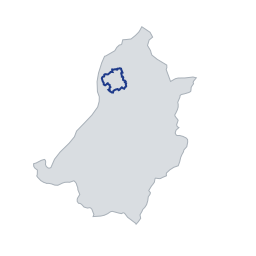 where Razgrad sits in Bulgaria, rotated 301°
{"feature_id": "BGR-2256", "entity_name": "Razgrad", "entity_type": "Province", "adm_level": 1, "iso_a3": "BGR", "parent_name": "Bulgaria", "parent_adm1": "", "projection": "albers", "projection_center": [26.578, 43.648], "detail": "fine", "context": "in_parent", "style": "outline", "palette": "blue", "viewbox_px": 256, "rotation_deg": 301, "n_neighbors": 0, "source": "natural_earth", "source_scale": "10m", "svg_char_len": 3253}
<svg xmlns="http://www.w3.org/2000/svg" viewBox="0 0 256 256"><g transform="rotate(301 128 128)"><path d="M206.2,160.7L202.1,160.1L200.6,160.3L199.7,161.4L197.8,161.2L195.4,161.2L193.0,162.4L191.6,162.9L189.8,161.9L186.3,158.7L184.2,156.5L182.7,155.9L181.2,156.6L175.6,157.4L174.3,158.7L171.8,160.2L169.2,160.9L165.5,161.3L163.6,161.3L162.5,162.0L161.6,164.1L160.9,166.1L160.4,167.0L155.8,168.0L154.8,169.1L154.5,170.3L154.6,171.4L150.9,170.3L148.0,171.0L147.4,171.9L146.7,173.2L147.1,174.5L148.1,175.9L149.1,179.4L149.4,183.0L148.8,185.0L146.7,186.4L142.3,188.0L138.0,187.2L136.1,187.8L133.0,187.9L130.0,188.3L125.6,189.7L121.5,190.5L117.9,187.5L113.7,185.4L109.2,184.1L107.6,184.9L106.9,185.6L103.2,182.9L101.5,181.9L100.7,180.9L99.2,177.4L98.3,177.3L95.2,178.5L92.2,178.3L90.4,178.0L85.0,178.0L84.2,180.4L83.6,180.7L82.4,181.0L79.5,180.8L75.8,182.4L71.9,183.4L68.8,183.3L65.7,182.6L63.8,182.9L59.7,183.0L57.1,185.4L53.0,185.1L49.7,184.5L50.2,183.8L51.3,173.6L53.1,169.1L53.1,168.2L52.8,167.4L51.3,166.6L50.4,164.1L48.5,157.5L47.3,156.2L43.9,154.6L41.0,152.6L38.5,150.0L34.1,143.7L36.5,143.2L37.3,142.0L39.8,138.8L40.2,137.2L40.0,136.2L38.5,134.5L37.6,131.0L38.6,127.7L38.7,126.0L38.0,124.3L38.9,122.3L40.7,121.2L41.7,120.9L46.2,120.9L49.2,116.9L51.0,115.6L52.8,113.3L53.7,112.5L54.5,110.7L54.9,108.8L51.5,106.0L50.4,104.0L48.9,101.8L46.9,100.1L42.8,97.4L41.3,94.6L40.7,91.2L39.7,88.5L38.6,86.8L38.4,85.4L38.0,83.7L38.0,80.4L39.2,76.0L39.9,74.5L41.4,74.2L45.3,72.0L45.6,69.0L46.4,67.2L47.6,66.2L48.8,65.5L50.7,67.3L55.6,70.3L58.0,72.5L57.8,73.7L56.6,74.9L54.3,76.0L53.0,77.6L52.6,79.6L52.8,81.0L54.3,82.3L63.4,81.1L72.5,82.2L84.7,85.4L92.9,86.6L98.9,85.5L110.0,88.1L120.4,90.4L130.4,91.2L136.0,89.6L140.0,87.3L143.4,83.1L151.8,77.6L159.8,74.5L170.4,71.9L177.4,71.0L178.4,71.9L187.4,76.9L191.4,76.9L194.6,77.8L195.8,79.1L196.7,79.4L200.9,78.1L202.9,80.9L205.9,84.8L211.1,86.7L215.6,87.8L217.1,87.9L221.9,87.7L221.4,97.6L218.6,102.3L214.3,100.8L208.8,102.2L205.9,107.5L204.3,109.1L202.8,110.9L201.9,117.7L201.9,128.8L199.8,130.2L197.8,130.6L189.8,140.5L194.6,143.2L196.7,145.3L200.2,151.0L205.2,157.5L206.2,160.7Z" fill="#d9dde1" stroke="#a8b0b8" stroke-width="1"/><path d="M175.0,90.2L175.3,91.5L174.6,92.1L172.6,94.8L172.2,94.5L171.9,93.9L171.5,94.0L171.2,94.1L170.4,95.0L169.6,95.8L168.8,96.3L169.3,97.2L168.9,97.9L167.8,98.3L166.7,99.0L166.6,100.0L167.0,100.9L166.7,102.0L166.1,101.9L165.5,101.9L165.4,103.4L164.8,103.6L164.1,103.7L163.0,104.9L162.3,104.9L161.6,104.5L159.7,104.5L159.5,103.3L159.7,101.8L158.1,101.3L156.4,101.0L156.0,100.8L155.6,100.5L156.1,99.1L154.8,97.8L153.3,96.8L152.0,96.4L150.7,96.9L150.1,95.8L150.2,94.4L150.1,94.1L150.1,93.8L150.2,93.6L150.4,93.4L150.3,92.5L150.6,91.7L151.0,92.1L151.4,92.5L152.5,91.6L154.0,91.9L154.4,91.2L154.9,90.3L155.5,90.0L155.4,88.3L155.9,87.6L155.2,87.2L154.3,87.1L152.8,86.4L152.8,84.8L154.2,83.9L154.9,82.4L157.1,80.0L158.1,79.8L159.1,80.1L159.9,81.0L160.7,80.7L161.5,80.2L162.1,80.5L162.7,81.2L162.9,81.9L163.6,83.2L166.1,84.1L167.1,84.2L167.6,85.0L168.0,85.8L168.3,85.3L168.7,85.2L169.2,85.0L169.6,84.4L170.1,84.3L170.3,85.1L170.8,85.8L171.3,86.2L171.6,86.7L172.0,87.1L172.1,88.0L172.4,88.5L172.9,88.1L173.4,88.4L174.1,89.5L175.0,90.2Z" fill="none" stroke="#1e3a8a" stroke-width="2"/></g></svg>